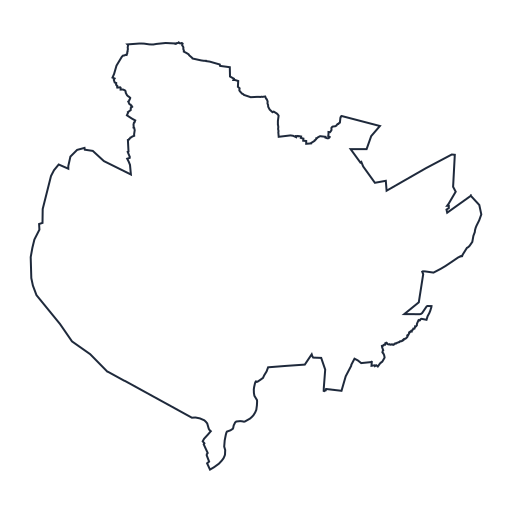 Kota Palembang, Sumatera Selatan, Indonesia
{"feature_id": "22746128B87825164980488", "entity_name": "Kota Palembang", "entity_type": "district", "adm_level": 2, "iso_a3": "IDN", "parent_name": "Indonesia", "parent_adm1": "Sumatera Selatan", "projection": "orthographic", "projection_center": [104.768, -2.979], "detail": "fine", "context": "isolated", "style": "outline", "palette": "slate", "viewbox_px": 512, "rotation_deg": 0, "n_neighbors": 0, "source": "geoboundaries", "source_scale": "gbopen_adm2", "svg_char_len": 5972}
<svg xmlns="http://www.w3.org/2000/svg" viewBox="0 0 512 512"><path d="M72.0,341.4L90.2,354.2L107.4,371.7L108.0,371.8L124.4,380.8L124.9,380.9L191.9,417.7L195.5,417.5L199.9,418.4L204.3,420.3L205.8,421.7L207.2,423.4L208.8,428.9L209.5,430.0L210.8,431.2L207.8,434.7L204.1,438.7L202.7,441.3L204.4,443.3L203.7,444.3L207.7,453.0L206.8,454.2L206.7,455.3L209.1,461.6L207.1,463.3L210.0,469.6L213.9,467.3L218.9,463.7L221.7,460.7L223.5,458.3L224.7,455.6L225.0,454.5L225.2,450.1L224.2,446.6L224.7,440.4L225.8,434.8L226.4,432.6L226.9,431.6L230.5,430.3L232.8,428.8L233.2,427.9L233.7,425.4L234.4,424.0L235.1,422.5L236.3,421.5L240.2,421.1L242.1,421.3L244.0,421.7L244.9,421.5L250.0,418.6L251.8,417.0L253.4,415.3L255.2,412.4L255.8,412.7L255.2,412.4L256.3,409.8L256.9,405.4L257.1,401.6L257.0,400.1L254.4,395.8L253.9,392.9L253.8,389.4L254.1,387.2L255.0,383.2L255.4,382.1L256.0,381.4L257.1,382.4L257.0,382.2L257.8,381.5L260.1,380.0L263.0,377.9L264.2,375.3L266.6,371.4L268.1,367.3L286.0,365.9L304.8,364.6L311.7,354.3L312.4,356.4L313.2,357.6L321.2,357.9L325.2,369.6L323.8,387.9L323.7,390.9L324.2,391.1L324.5,390.8L325.7,390.4L326.1,389.0L341.5,390.8L345.7,376.3L351.2,365.8L351.3,364.8L354.5,358.7L357.8,360.4L361.2,363.1L370.9,362.1L371.6,361.7L371.8,361.8L371.5,365.8L374.6,365.3L374.9,366.1L376.3,365.3L377.8,366.5L380.3,363.1L380.8,362.9L381.3,362.2L382.2,361.8L384.4,358.0L384.6,357.4L384.1,355.1L383.3,353.3L383.1,353.3L382.4,352.3L382.8,350.7L383.2,350.3L382.2,347.5L381.9,345.9L382.5,345.6L383.4,345.6L383.9,344.8L384.4,344.6L385.0,344.7L385.4,343.1L385.8,343.1L386.2,342.8L386.6,343.3L386.9,343.1L387.1,343.3L387.3,343.9L388.1,344.3L389.2,344.5L389.7,344.2L390.4,344.7L391.7,344.5L391.9,344.3L392.3,344.4L392.5,344.7L393.4,344.8L393.6,344.3L394.3,344.3L394.8,344.0L395.1,343.4L396.3,343.2L396.4,343.3L397.2,342.7L397.9,342.6L398.7,342.1L399.4,342.1L400.0,341.3L400.4,341.2L401.1,341.3L402.4,340.8L402.7,340.4L402.7,340.1L402.9,340.0L403.2,340.3L403.4,340.2L403.6,340.0L403.5,339.5L403.7,339.2L404.3,338.9L405.0,338.9L405.9,338.4L407.3,337.0L407.4,336.4L407.5,336.3L407.3,335.8L407.8,335.5L407.6,335.1L408.3,334.6L408.5,334.6L409.4,332.9L409.1,332.7L409.1,332.4L410.1,331.7L410.4,331.8L411.0,331.2L411.4,331.4L411.4,330.9L412.0,330.9L412.4,330.4L412.4,329.9L413.2,329.1L413.3,328.7L414.0,328.8L414.4,328.6L414.3,328.3L415.0,327.4L415.1,326.4L415.8,326.5L416.1,326.3L416.9,325.2L416.9,323.9L418.5,320.2L418.8,320.0L419.6,320.5L420.0,320.3L420.4,319.5L420.9,319.0L421.5,318.8L426.5,319.8L427.6,316.2L429.3,313.1L430.3,310.6L431.4,307.0L431.5,306.1L427.4,306.0L426.9,306.3L426.5,306.6L422.1,313.1L420.8,314.0L419.7,314.2L404.3,314.1L418.8,302.3L423.2,274.2L422.2,271.7L422.9,271.3L425.1,271.4L433.5,272.6L440.6,268.9L445.5,266.0L458.4,257.3L460.9,256.3L460.8,256.1L461.1,256.0L461.4,256.3L462.1,256.2L462.7,254.6L466.9,247.9L468.3,247.1L469.6,245.8L472.3,241.9L473.4,235.8L474.8,232.1L475.0,230.2L475.7,227.7L476.5,225.7L479.2,220.3L481.3,214.4L479.3,205.0L470.8,195.8L470.7,196.1L470.7,195.9L447.2,212.7L446.5,209.6L448.8,208.1L448.8,205.8L447.1,205.8L448.6,203.8L455.7,191.7L453.1,186.8L454.8,154.8L451.8,154.5L425.9,168.2L386.6,190.7L385.8,180.8L374.9,182.8L363.2,166.5L361.3,161.9L360.4,162.6L350.6,149.1L366.6,149.1L371.2,136.1L379.9,126.0L341.6,116.0L341.0,116.4L340.7,117.0L340.7,117.5L340.4,117.8L339.9,122.6L339.1,123.0L338.9,123.4L338.3,124.0L337.8,123.9L337.4,124.2L336.6,125.2L336.5,125.5L335.4,126.2L332.6,126.6L331.9,127.2L331.4,128.0L331.5,130.0L330.8,131.2L330.0,132.2L328.5,132.0L328.5,134.1L328.2,136.1L329.7,137.0L329.5,137.4L328.6,138.2L327.3,138.3L325.4,137.6L325.5,136.8L320.3,136.2L319.8,136.3L317.8,137.4L317.0,138.2L316.3,138.2L316.1,139.2L315.1,140.2L314.7,140.3L314.5,140.9L311.1,143.0L311.1,143.4L306.2,143.8L306.2,141.0L303.2,140.7L303.4,138.6L300.8,137.9L301.1,136.5L298.9,136.1L297.7,136.0L297.7,136.3L296.0,136.1L296.0,137.1L293.1,135.8L290.5,135.4L278.7,136.8L278.3,132.2L278.5,131.1L278.1,129.0L278.3,127.0L278.0,124.8L277.9,124.7L277.9,121.0L278.6,115.7L277.9,114.6L276.8,113.5L273.7,111.6L272.5,112.2L269.7,109.6L268.4,107.2L268.1,106.2L268.1,105.0L267.5,103.6L267.6,101.4L267.0,99.8L266.5,98.9L266.1,98.7L265.2,96.5L262.2,96.9L261.4,96.7L260.3,97.0L259.5,96.9L256.4,96.9L250.7,97.2L243.9,94.9L243.3,94.2L242.1,93.7L239.8,91.2L239.3,90.2L239.6,88.3L237.9,86.8L238.2,81.0L235.0,80.0L233.4,80.0L233.9,78.7L230.0,76.5L229.8,67.2L220.1,65.9L219.8,64.5L209.7,61.6L206.1,61.1L206.0,60.8L203.9,60.8L201.1,60.4L192.5,58.5L192.1,57.8L189.2,55.3L188.6,54.3L186.3,52.9L183.8,51.6L183.9,50.6L183.3,49.0L183.4,47.6L183.2,46.9L182.1,45.1L182.6,43.6L181.8,43.0L180.2,43.4L179.8,43.3L178.7,42.4L178.1,43.0L176.3,43.2L176.2,43.7L175.2,43.9L174.6,43.4L173.9,43.4L165.6,43.0L156.7,43.9L153.2,44.5L149.5,44.4L143.9,43.6L139.7,43.5L127.5,44.4L128.1,45.0L127.7,47.5L127.9,49.1L127.6,50.5L127.6,51.6L127.2,52.1L127.3,53.1L126.6,55.0L125.5,54.8L124.6,55.4L123.0,55.6L121.8,56.8L116.5,65.6L114.1,73.9L112.5,77.6L114.6,78.5L113.8,79.8L114.7,82.5L116.2,83.0L116.1,84.8L117.3,85.9L117.1,86.8L117.3,87.6L120.2,87.3L120.6,87.7L120.6,89.6L122.9,89.5L124.6,90.2L125.3,90.7L125.7,91.9L125.7,92.7L127.0,95.2L128.0,96.2L128.6,96.5L130.2,97.8L130.1,98.6L129.2,100.2L129.2,100.6L128.6,101.5L128.3,101.6L129.3,103.9L129.7,104.3L130.7,104.7L131.1,105.9L131.6,105.8L132.2,106.8L130.8,107.9L130.7,110.1L127.9,112.1L128.1,112.6L126.9,115.3L131.9,118.6L135.2,120.4L134.8,121.1L134.9,121.4L134.5,122.4L134.1,122.5L133.9,122.8L133.5,124.7L133.7,126.6L133.5,127.6L134.2,127.9L134.7,130.2L134.1,134.3L134.2,135.8L132.3,136.5L131.2,137.4L130.5,137.5L129.5,138.9L129.1,139.0L128.7,139.8L127.9,140.0L128.5,151.5L127.7,151.9L130.1,157.7L130.4,157.7L127.2,158.7L128.8,161.9L130.0,164.9L130.9,174.5L103.9,161.1L92.8,150.9L84.8,149.7L84.5,147.9L77.1,149.9L70.4,156.6L68.3,166.0L68.3,168.7L58.7,164.5L54.0,170.2L51.0,176.0L42.7,209.0L42.5,222.9L39.1,224.0L39.4,229.7L34.4,239.5L32.4,247.7L30.7,257.1L31.3,278.1L32.9,285.6L36.5,295.2L60.0,324.0L72.0,341.4Z" fill="none" stroke="#1e293b" stroke-width="2"/></svg>